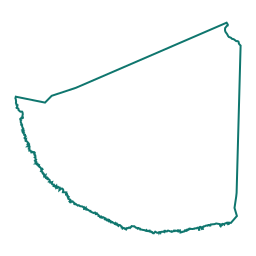 outline of Hambou, Andjazîdja, Comoros
{"feature_id": "10938185B8813398551192", "entity_name": "Hambou", "entity_type": "district", "adm_level": 2, "iso_a3": "COM", "parent_name": "Comoros", "parent_adm1": "Andjazîdja", "projection": "orthographic", "projection_center": [43.305, -11.814], "detail": "fine", "context": "isolated", "style": "outline", "palette": "teal", "viewbox_px": 256, "rotation_deg": 0, "n_neighbors": 0, "source": "geoboundaries", "source_scale": "gbopen_adm2", "svg_char_len": 5818}
<svg xmlns="http://www.w3.org/2000/svg" viewBox="0 0 256 256"><path d="M240.6,45.6L239.2,44.1L238.8,43.3L238.7,42.2L238.4,41.6L237.6,41.1L236.2,41.1L234.0,39.4L233.4,39.1L232.1,38.9L231.6,38.5L231.3,38.0L230.4,37.5L228.9,37.0L228.0,35.9L227.3,34.4L225.5,31.9L225.2,31.1L225.0,30.1L225.1,28.1L226.6,26.2L227.1,25.7L227.6,25.6L227.8,25.1L227.8,24.6L226.6,22.7L75.9,87.8L51.7,95.8L45.0,102.6L15.8,96.7L15.4,98.2L15.8,99.3L16.1,101.9L15.9,103.0L16.4,103.8L16.4,104.7L17.5,105.1L17.4,106.0L17.1,106.2L17.0,107.3L16.6,107.8L17.0,108.1L18.0,108.3L18.5,109.0L18.5,110.0L20.1,111.5L20.5,111.7L22.0,111.6L22.5,112.3L22.8,114.2L22.4,116.0L22.9,117.4L22.9,117.9L22.6,118.1L21.5,117.7L21.3,118.1L20.3,118.8L20.3,119.5L21.1,120.1L20.7,120.6L20.8,122.4L21.5,123.5L21.5,124.1L20.5,124.2L21.2,124.5L21.4,125.0L22.1,125.1L22.1,126.2L22.4,127.2L23.4,129.0L22.7,129.4L22.9,129.9L22.5,130.1L23.5,130.8L22.7,131.3L23.7,132.2L23.2,132.5L23.6,132.8L23.4,133.3L24.2,134.2L24.2,134.8L25.0,134.8L25.0,135.4L25.7,136.2L24.5,137.9L24.5,138.0L25.2,138.7L26.0,138.7L25.8,139.2L26.0,139.6L25.5,140.0L25.6,140.9L26.8,141.3L28.3,143.0L28.0,143.4L28.3,143.6L27.8,144.3L29.1,144.4L29.1,144.6L28.6,145.3L28.4,145.8L27.8,146.3L28.4,146.3L29.3,145.9L29.6,146.7L29.6,147.0L28.8,148.7L29.5,149.0L29.3,150.6L30.6,150.7L31.2,151.6L31.3,152.4L31.8,152.4L32.4,151.8L33.5,152.1L34.2,152.1L34.5,152.4L33.9,152.9L34.6,153.4L34.3,154.1L34.6,154.4L34.6,155.0L35.2,155.2L35.4,156.0L35.4,156.9L34.8,157.3L35.5,157.9L35.5,159.2L36.0,159.6L35.0,160.7L35.8,161.2L35.5,161.8L36.2,162.1L35.9,162.6L36.7,163.2L36.0,163.6L37.0,163.7L36.7,164.2L36.9,164.5L37.9,165.0L38.2,165.5L38.8,164.8L39.1,165.0L38.7,166.0L39.2,166.3L39.5,167.0L40.0,167.1L41.1,168.5L41.9,168.5L42.4,169.1L41.5,169.5L41.2,169.9L41.8,170.5L41.8,171.1L41.3,171.4L42.6,172.3L42.6,172.9L43.1,173.2L42.9,173.6L43.7,174.4L44.2,174.4L44.1,175.8L44.5,175.8L44.5,176.3L45.4,175.6L45.1,176.7L45.7,177.1L45.8,177.6L46.6,177.3L46.9,177.4L46.7,178.2L47.5,178.3L47.2,178.9L47.5,179.2L48.6,179.1L49.7,180.1L49.8,181.1L49.2,181.7L50.3,182.0L50.4,182.6L52.1,182.1L51.9,182.8L51.9,183.8L52.4,184.4L53.8,184.6L53.8,185.6L53.7,186.0L54.0,186.0L54.6,185.5L54.9,185.8L54.5,186.3L55.3,186.5L55.6,187.1L56.4,186.0L56.5,186.7L56.1,187.6L56.2,188.0L57.1,187.3L57.5,187.7L58.1,186.9L58.8,187.4L59.7,187.6L59.4,190.1L61.3,188.6L62.0,188.5L62.5,188.8L63.1,189.5L63.3,190.4L62.9,192.2L66.4,192.4L66.3,193.6L66.0,194.2L66.0,194.5L67.1,194.3L67.3,195.8L67.8,195.8L68.0,196.2L68.0,196.6L67.7,196.9L67.9,197.5L68.5,197.4L68.2,198.1L68.4,198.9L70.0,199.5L70.4,199.8L70.5,200.2L69.5,201.5L69.8,201.8L70.2,202.3L70.8,202.3L71.1,201.9L71.9,201.3L72.5,201.3L72.6,201.7L73.7,202.4L74.4,203.2L74.2,203.9L74.4,204.1L75.2,204.3L75.7,203.9L77.8,205.6L78.8,205.2L80.1,206.2L82.4,206.5L83.1,206.9L83.3,207.3L84.1,207.8L84.1,208.8L84.4,208.7L84.7,208.0L85.0,208.6L85.7,208.0L85.7,208.7L86.4,208.8L86.4,209.7L86.6,209.7L86.9,209.1L87.8,209.9L88.2,209.9L89.6,210.9L90.4,210.9L90.5,211.6L91.1,211.7L91.4,212.0L93.6,213.0L94.3,212.7L95.1,213.0L95.3,212.7L95.8,213.1L95.8,214.1L96.0,214.1L96.2,213.4L96.7,213.3L96.8,213.9L97.3,214.0L98.8,215.4L98.6,216.0L99.3,216.2L99.8,216.6L100.5,216.5L100.3,217.3L100.6,217.4L101.1,216.7L101.5,216.8L101.8,217.7L102.3,217.8L103.1,217.2L105.3,218.3L105.1,218.7L104.8,218.8L104.7,219.2L105.0,219.4L105.8,219.3L105.8,219.5L106.4,219.5L106.8,220.3L107.3,220.2L107.3,219.5L107.5,219.5L107.7,220.3L108.0,220.3L108.7,219.7L109.0,219.8L109.0,220.6L108.4,221.0L108.9,221.4L110.0,220.7L110.7,221.1L110.6,222.1L111.0,222.5L111.8,222.1L112.4,222.0L112.7,222.6L113.8,222.9L114.7,224.0L115.5,224.1L115.6,223.7L116.1,224.5L116.4,224.5L116.9,223.7L117.6,224.6L117.6,225.3L118.4,225.9L118.9,224.9L120.1,225.2L121.1,226.2L121.6,226.5L121.6,227.6L122.0,227.7L122.2,227.4L122.8,227.7L122.8,228.4L123.5,228.0L124.5,228.2L124.7,228.6L125.1,228.4L125.5,228.6L125.9,229.4L126.2,229.5L126.6,228.5L127.0,228.0L127.9,228.2L129.0,227.5L130.0,228.0L130.5,227.2L130.9,227.2L131.6,226.1L133.5,226.4L134.0,226.2L134.4,226.3L135.7,227.6L136.8,227.8L137.6,228.7L137.9,228.6L138.3,228.0L138.6,228.0L139.2,228.6L140.1,228.7L140.3,229.5L141.3,229.5L142.8,229.9L144.8,230.2L145.4,230.7L146.0,230.8L146.5,230.1L147.0,230.6L147.0,231.0L148.6,231.2L149.1,230.6L149.7,230.6L149.9,231.5L150.8,231.5L150.8,231.8L151.9,232.0L151.9,232.3L152.5,232.4L153.0,233.2L153.8,233.3L155.2,231.7L157.1,232.8L158.4,232.7L158.8,232.3L159.0,232.3L159.1,232.7L159.4,232.1L160.1,232.2L160.5,232.7L160.7,232.0L162.1,231.7L163.2,231.9L163.6,231.8L164.0,231.3L164.5,231.8L164.8,230.8L165.1,230.8L165.4,231.4L167.0,231.4L167.4,230.8L168.1,230.6L171.6,231.8L171.8,231.3L172.6,231.5L173.7,231.1L173.9,230.6L174.4,230.6L174.7,231.1L174.9,231.1L175.2,230.6L177.1,230.9L177.4,230.6L177.7,230.8L177.7,231.3L178.1,231.4L178.1,230.3L178.7,230.3L179.2,230.9L179.8,230.6L179.8,231.3L180.4,231.4L180.5,232.5L182.3,232.0L182.7,231.7L183.7,231.7L184.5,231.3L184.6,230.6L184.8,230.4L185.4,230.7L186.0,230.2L186.3,230.9L186.6,230.9L187.1,230.3L187.7,230.1L187.7,229.5L188.1,229.4L188.2,229.7L189.3,229.3L189.3,228.7L189.7,228.6L189.8,228.9L192.9,229.0L193.7,228.7L194.2,228.8L195.0,228.3L196.2,228.4L197.4,227.7L198.2,227.8L198.8,229.1L198.9,229.8L199.2,229.8L199.0,227.6L200.0,226.9L200.4,226.9L200.8,227.4L201.4,227.5L201.4,228.5L201.6,228.7L201.9,228.1L202.1,228.2L202.2,228.8L202.8,228.8L202.3,227.1L203.4,226.9L203.6,226.4L204.6,226.3L206.2,225.5L207.6,225.7L208.2,225.0L209.1,225.0L209.5,225.5L210.4,225.5L210.7,224.5L214.7,224.1L216.1,223.5L219.8,224.1L220.2,225.8L220.7,226.3L221.1,225.6L221.4,224.5L221.9,224.2L222.3,224.7L222.9,223.9L223.3,224.0L224.2,224.6L224.4,223.8L226.7,222.8L227.3,223.7L227.5,223.7L227.6,222.7L228.5,222.7L228.4,224.1L228.8,224.0L229.6,222.8L230.9,222.9L236.9,216.0L234.5,207.9L236.2,196.6L236.6,192.8L240.6,45.6Z" fill="none" stroke="#0f766e" stroke-width="2"/></svg>